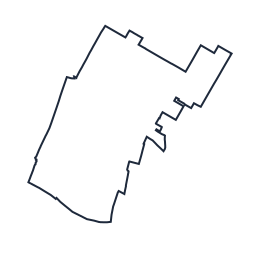 Ianca, Romania (Mercator projection), rotated 11°
{"feature_id": "2599482B25351029590238", "entity_name": "Ianca", "entity_type": "district", "adm_level": 2, "iso_a3": "ROU", "parent_name": "Romania", "parent_adm1": "", "projection": "mercator", "projection_center": [24.181, 43.749], "detail": "fine", "context": "isolated", "style": "outline", "palette": "slate", "viewbox_px": 256, "rotation_deg": 11, "n_neighbors": 0, "source": "geoboundaries", "source_scale": "gbopen_adm2", "svg_char_len": 4027}
<svg xmlns="http://www.w3.org/2000/svg" viewBox="0 0 256 256"><g transform="rotate(11 128 128)"><path d="M215.4,35.1L208.2,32.7L201.0,30.2L200.6,31.5L199.6,34.4L198.4,37.8L198.3,38.0L183.7,32.9L181.2,40.1L178.8,47.3L178.3,48.8L176.5,54.0L173.8,61.8L166.3,59.1L158.8,56.6L158.5,56.6L157.3,56.2L153.2,54.8L151.6,54.3L144.3,51.8L137.1,49.3L130.2,46.9L130.0,46.7L129.9,46.6L129.7,46.6L126.3,45.5L122.8,44.3L122.5,44.2L123.0,42.9L123.4,41.7L124.3,39.3L124.9,37.5L125.1,36.9L124.8,36.8L124.1,36.6L123.5,36.4L122.8,36.2L122.1,35.9L121.4,35.7L120.8,35.5L120.1,35.3L119.8,35.2L119.7,35.1L119.4,35.0L118.9,34.8L117.6,34.4L117.3,34.3L117.0,34.2L116.7,34.1L116.4,34.0L116.2,33.9L115.8,33.8L115.5,33.7L115.4,33.7L115.2,33.6L114.8,33.4L114.6,33.3L114.4,33.2L114.0,33.1L113.8,33.0L113.5,32.9L113.4,32.9L113.2,32.8L112.7,32.7L112.2,32.5L112.0,32.4L111.8,32.4L111.5,32.3L111.2,32.2L110.9,32.1L109.7,35.2L108.9,37.8L108.2,39.6L101.7,37.4L87.7,32.6L87.0,32.4L86.2,32.1L85.8,33.0L84.8,35.7L84.0,37.6L83.3,39.3L82.1,43.0L80.9,46.6L79.3,51.5L78.4,54.1L76.9,58.9L76.4,60.3L76.1,61.1L75.9,61.8L75.7,62.5L75.2,64.2L74.2,67.7L73.2,70.8L72.0,74.4L71.2,77.1L69.6,81.7L68.4,85.9L67.7,88.4L67.7,88.6L66.2,88.0L65.5,87.7L65.3,87.7L65.4,87.9L66.0,89.6L64.5,89.8L64.0,89.9L63.0,90.0L62.2,90.0L61.1,89.9L60.0,89.8L59.2,89.7L58.3,89.7L58.3,89.8L58.0,91.3L57.8,92.9L56.3,103.3L55.5,109.3L55.2,112.2L54.9,115.0L53.8,123.1L51.7,138.0L50.9,143.1L50.2,145.8L49.1,150.0L48.6,151.5L48.2,153.1L45.8,162.3L45.6,163.5L45.2,164.9L45.1,165.4L44.7,167.0L44.6,167.7L44.4,168.7L43.9,171.1L43.4,173.5L43.3,173.8L43.1,174.0L42.8,174.4L42.5,174.9L42.7,175.2L42.8,175.5L43.0,175.8L43.2,176.0L43.3,176.0L43.5,176.1L43.8,176.2L44.1,176.3L44.2,176.5L44.3,176.6L44.4,176.9L44.4,177.1L44.4,177.4L44.2,177.5L44.4,177.7L44.5,177.9L44.6,178.2L44.6,178.4L44.5,178.6L44.4,178.7L44.3,178.8L44.2,179.1L44.1,179.4L44.0,179.5L44.0,179.8L44.0,180.1L44.1,180.4L44.1,180.6L44.2,180.9L44.2,181.1L44.1,181.4L43.8,181.5L43.7,181.7L43.7,181.9L43.5,182.4L43.4,182.7L43.4,182.8L43.1,185.4L42.8,188.0L42.5,189.4L42.3,190.8L42.2,191.3L42.0,192.2L41.9,193.0L41.7,193.8L41.6,194.7L41.5,195.1L41.4,195.8L41.3,196.5L41.1,197.4L41.0,198.2L40.8,199.1L40.7,199.5L40.6,200.3L50.9,203.4L51.7,203.6L52.1,203.7L52.4,203.8L58.2,206.0L65.0,208.5L70.6,211.4L71.2,210.3L75.6,213.4L81.3,216.5L85.3,218.6L89.5,220.9L105.1,225.3L112.4,225.4L117.4,225.8L118.5,225.7L119.1,225.7L125.2,224.6L129.0,223.4L128.4,216.3L128.4,207.9L128.8,205.3L130.3,193.3L130.9,191.6L137.0,193.5L137.0,189.4L137.1,185.4L136.9,184.8L136.9,181.1L136.9,175.6L136.9,175.0L136.9,174.0L136.9,173.8L136.8,173.4L136.9,172.1L136.8,170.4L136.6,170.2L136.3,170.0L135.8,169.9L135.3,169.2L135.1,168.9L135.1,168.7L135.6,160.8L135.7,160.6L145.5,161.2L146.2,153.2L146.4,150.1L146.6,146.2L146.7,145.7L146.7,145.1L146.9,142.2L147.0,140.7L146.3,140.5L148.1,133.0L151.8,134.5L154.6,135.5L157.6,137.6L160.1,139.4L163.8,141.7L167.3,144.0L167.6,143.0L167.8,142.6L168.0,142.2L168.1,141.9L168.2,140.9L168.3,140.2L168.2,139.6L168.1,139.2L167.8,137.8L167.5,136.7L166.9,134.3L166.3,132.4L166.1,131.3L166.0,130.9L165.9,130.0L165.7,128.6L165.7,128.4L165.1,128.1L164.7,128.0L164.1,127.9L163.1,127.7L162.6,127.6L161.7,127.3L161.2,127.1L160.7,126.9L159.4,126.4L158.5,126.1L157.3,125.6L155.8,124.9L156.2,123.9L159.9,125.3L160.2,124.3L160.6,122.9L160.7,122.4L160.8,122.0L160.8,121.6L161.0,120.9L161.0,120.6L160.7,120.4L160.2,120.3L155.0,118.6L154.6,118.4L154.5,118.2L154.9,117.1L155.7,114.9L155.9,114.3L156.0,114.1L156.6,112.3L157.1,112.4L157.1,112.2L157.2,111.9L157.4,111.4L157.5,110.5L157.5,110.2L157.7,109.6L157.8,109.1L158.9,105.9L173.4,110.9L176.7,101.2L177.1,100.0L178.4,96.0L178.2,96.0L168.2,92.5L169.4,88.9L170.3,89.2L170.9,89.4L171.1,89.5L172.3,89.9L171.9,91.1L172.1,91.2L177.5,93.0L178.4,93.3L178.6,93.4L178.9,93.6L179.1,93.8L179.1,94.0L182.9,95.3L186.2,96.4L188.0,91.1L192.0,92.4L195.4,93.3L200.2,79.2L201.4,75.7L202.8,71.6L204.0,68.1L205.4,64.3L207.9,57.1L209.1,53.5L211.2,47.4L215.4,35.5L215.2,35.5L215.4,35.1Z" fill="none" stroke="#1e293b" stroke-width="2"/></g></svg>